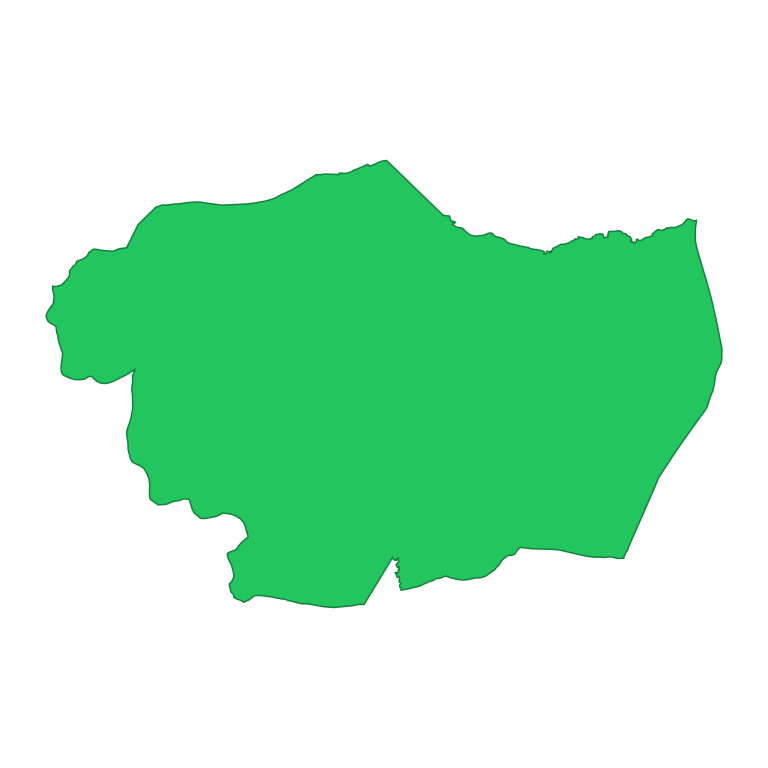 Bua Lai, Nakhon Ratchasima, Thailand
{"feature_id": "78962969B37861648754674", "entity_name": "Bua Lai", "entity_type": "district", "adm_level": 2, "iso_a3": "THA", "parent_name": "Thailand", "parent_adm1": "Nakhon Ratchasima", "projection": "mercator", "projection_center": [102.534, 15.669], "detail": "fine", "context": "isolated", "style": "filled", "palette": "green", "viewbox_px": 768, "rotation_deg": 0, "n_neighbors": 0, "source": "geoboundaries", "source_scale": "gbopen_adm2", "svg_char_len": 6073}
<svg xmlns="http://www.w3.org/2000/svg" viewBox="0 0 768 768"><path d="M696.5,220.4L694.3,220.9L693.2,220.9L692.0,220.2L690.3,219.7L689.1,219.0L688.0,219.0L686.2,219.7L685.7,221.1L684.6,221.8L683.2,223.7L682.1,224.7L676.5,227.0L674.0,227.6L671.1,227.3L670.1,227.8L668.5,228.1L666.9,227.8L665.8,228.8L664.0,229.5L663.5,230.3L663.1,230.4L661.1,230.3L658.9,229.7L657.5,229.8L656.9,230.1L656.1,230.8L654.9,231.6L653.7,233.0L652.5,233.8L652.4,234.2L652.7,234.9L652.5,235.4L651.4,235.8L650.2,236.6L648.2,237.3L646.4,237.4L645.2,237.8L643.9,238.5L641.5,240.3L640.5,240.6L638.7,240.4L637.2,239.2L636.6,239.2L636.2,242.1L635.9,242.6L635.6,242.7L634.5,242.1L633.1,242.8L632.1,241.7L630.4,241.7L630.4,241.2L630.8,240.4L631.6,240.2L631.7,239.9L631.4,238.9L630.6,238.0L630.0,236.6L628.2,236.2L626.9,235.1L626.3,234.2L625.5,233.7L622.2,233.3L622.0,233.1L622.0,232.2L621.7,231.8L619.1,230.7L616.6,230.9L614.8,231.4L609.8,231.4L609.1,231.5L608.4,232.2L608.5,233.7L607.7,234.5L607.7,235.1L608.2,236.2L608.1,236.6L604.0,237.8L603.7,237.7L603.6,237.3L603.1,234.5L602.6,234.1L601.6,233.9L599.6,233.9L595.6,234.8L594.4,236.1L593.3,236.5L592.2,237.2L592.0,237.6L592.5,238.0L592.4,238.3L591.0,238.4L590.0,239.2L586.8,239.0L585.4,238.8L582.5,237.5L580.6,237.3L578.4,236.8L578.0,237.2L578.0,238.6L577.7,239.2L576.8,239.2L575.7,239.0L575.0,239.0L574.1,240.0L571.7,241.1L568.3,243.2L566.3,243.5L564.2,244.3L561.5,244.2L560.6,244.4L556.2,246.9L554.4,247.8L553.0,248.2L552.2,250.1L551.2,251.0L551.2,251.3L551.6,252.0L551.1,252.4L549.8,252.8L549.7,252.5L550.0,251.8L549.8,251.6L549.3,251.5L548.4,251.8L547.6,251.2L547.2,251.1L547.0,251.6L546.6,253.6L545.0,253.7L544.0,254.1L543.7,253.9L543.7,253.5L544.5,252.6L544.6,252.0L542.9,251.0L542.4,251.0L540.5,250.3L531.2,248.8L528.3,247.6L523.7,246.6L519.9,246.1L517.5,245.5L516.5,245.0L510.3,243.6L506.7,242.0L505.4,240.1L502.6,238.4L499.1,237.3L495.7,236.6L494.3,235.6L492.2,233.4L491.0,233.0L488.8,233.2L486.4,234.2L482.6,235.4L475.4,236.1L470.3,235.1L466.9,232.6L464.6,230.5L462.6,228.2L456.9,227.3L452.6,224.5L455.4,222.5L454.7,221.7L452.7,222.3L453.0,221.2L451.2,220.8L450.5,220.2L450.6,219.6L450.1,218.3L449.6,216.1L444.8,215.6L444.2,215.3L443.0,215.2L386.6,160.5L383.0,160.9L380.1,161.8L372.2,165.3L369.2,166.1L367.9,164.3L357.8,168.7L353.5,170.3L352.6,171.1L350.2,172.1L348.6,172.7L345.8,173.4L341.2,173.2L339.1,173.3L339.2,174.6L327.7,174.1L323.6,174.2L321.4,174.6L318.0,174.9L316.4,174.5L291.6,190.0L281.6,194.6L273.7,198.7L265.4,201.1L253.4,203.2L246.9,204.0L221.7,205.2L205.0,202.9L200.7,202.1L196.3,202.0L189.7,202.4L178.5,203.9L173.5,204.1L169.3,204.8L164.8,205.1L162.8,204.9L156.0,207.1L138.1,224.6L126.7,247.6L124.8,248.1L120.0,248.6L117.1,249.5L113.3,251.3L101.7,250.4L95.7,249.2L93.2,249.2L91.0,250.9L90.6,251.5L88.9,252.3L88.4,253.8L87.2,255.7L84.7,258.0L82.9,259.0L76.7,261.4L75.0,265.0L72.8,266.5L69.8,270.6L69.4,272.7L69.6,274.9L69.3,275.9L67.3,278.9L64.3,282.3L61.8,284.7L60.6,285.3L56.7,286.4L55.3,286.6L52.6,286.1L52.7,289.3L54.1,296.1L53.3,303.3L52.5,304.7L49.7,308.4L47.6,311.8L46.4,314.9L46.1,316.1L46.7,318.3L48.3,321.7L51.1,323.5L55.6,326.0L56.1,327.3L56.9,333.4L57.8,335.1L58.0,336.1L58.0,337.6L58.5,340.8L61.2,349.2L62.4,352.5L62.5,356.1L61.0,366.4L61.4,371.9L62.2,373.8L64.2,375.6L70.0,378.2L75.0,379.6L78.7,379.7L82.9,379.4L85.7,378.6L88.0,376.8L89.9,376.4L91.7,376.4L93.8,378.7L97.0,381.4L99.7,382.7L102.0,383.3L104.3,383.5L107.3,383.3L112.9,381.5L125.9,375.1L135.0,369.4L132.7,375.4L132.5,376.5L132.7,381.9L132.0,386.9L131.8,389.7L132.5,394.9L132.8,408.0L131.0,417.9L130.4,420.2L127.1,429.9L126.7,432.4L126.8,435.1L128.0,443.3L128.2,450.0L130.4,458.4L131.6,461.2L133.7,462.9L140.5,466.0L144.0,468.6L146.8,473.3L148.8,477.9L149.7,484.1L149.5,494.4L149.9,498.1L150.4,499.4L158.1,504.9L165.2,504.4L168.1,503.7L170.6,502.5L174.3,501.2L179.9,500.5L182.6,499.0L186.1,499.0L188.6,499.2L189.6,500.4L191.9,508.2L194.0,512.7L199.7,517.7L200.7,518.3L202.8,518.6L205.4,518.4L216.0,516.5L218.4,515.5L221.3,513.7L222.8,513.2L226.1,513.3L230.5,514.1L234.1,515.2L236.8,516.4L240.1,518.7L243.0,521.7L244.7,524.5L248.2,536.8L241.9,542.1L239.4,545.0L236.4,549.2L235.3,550.0L230.6,551.8L229.7,552.0L227.3,553.6L227.7,556.8L229.1,560.4L231.0,564.0L233.1,570.6L233.9,575.2L233.5,577.9L231.7,581.5L230.9,582.6L229.7,583.3L229.3,584.2L229.8,587.6L230.6,589.9L231.0,592.0L233.5,594.6L233.8,596.1L233.6,597.1L236.5,598.9L241.4,600.6L243.7,602.2L249.2,599.8L254.4,595.8L257.7,595.4L260.1,595.5L270.2,596.7L281.4,598.9L284.5,599.1L288.4,600.5L301.9,603.8L304.9,603.7L309.8,604.2L323.6,606.7L333.7,607.5L351.7,605.8L359.5,604.3L364.1,604.5L392.5,557.6L393.2,559.0L394.3,559.3L394.5,560.2L394.8,560.4L396.8,560.1L396.9,559.7L396.5,558.9L396.6,558.6L398.1,558.0L398.7,558.3L398.4,559.8L398.9,561.5L397.2,563.2L396.1,564.9L397.0,566.6L397.6,567.3L398.2,567.4L398.8,566.7L399.4,566.8L399.5,567.2L398.8,568.3L399.6,569.5L399.3,570.0L398.3,570.0L398.0,570.2L398.5,572.0L398.4,572.6L397.4,572.8L395.7,572.3L395.3,572.6L395.2,573.0L396.4,574.3L396.7,576.2L397.0,577.0L397.6,577.3L399.2,577.0L399.5,577.5L399.5,578.5L399.0,581.8L399.2,582.1L400.4,582.6L400.7,583.3L400.5,584.0L399.7,585.2L399.8,587.0L400.0,587.4L400.8,587.5L401.2,587.7L400.9,588.9L401.1,590.1L401.6,590.1L409.2,588.7L412.9,587.6L416.4,587.0L419.6,586.0L429.5,581.5L432.3,580.9L436.1,578.6L439.9,578.3L445.0,576.1L447.0,576.4L449.6,577.5L451.9,578.1L457.8,579.5L463.0,580.0L466.1,579.9L475.5,578.0L480.6,577.7L485.0,576.4L486.7,575.5L489.8,573.0L494.5,570.0L497.3,566.4L498.7,565.4L501.6,560.8L504.8,557.7L508.6,555.3L511.6,555.3L514.9,554.1L517.0,550.5L520.3,547.4L532.9,548.8L549.1,549.2L558.5,549.8L585.4,556.0L593.7,557.1L599.3,557.1L604.0,557.5L608.0,557.0L611.7,556.9L617.0,558.4L620.8,558.4L623.9,558.2L624.0,556.7L625.1,554.1L626.0,552.3L627.6,550.0L628.8,546.4L654.1,488.7L658.6,477.7L676.6,450.2L692.3,427.9L706.4,408.5L707.3,406.4L710.8,395.5L712.9,390.6L714.2,384.7L715.6,375.4L716.3,372.6L720.9,363.3L721.7,360.3L721.9,348.6L716.0,318.9L711.7,300.1L708.1,286.6L700.2,259.9L696.7,247.6L695.3,240.7L695.3,228.8L696.5,220.4Z" fill="#22c55e" stroke="#15803d" stroke-width="1.5"/></svg>